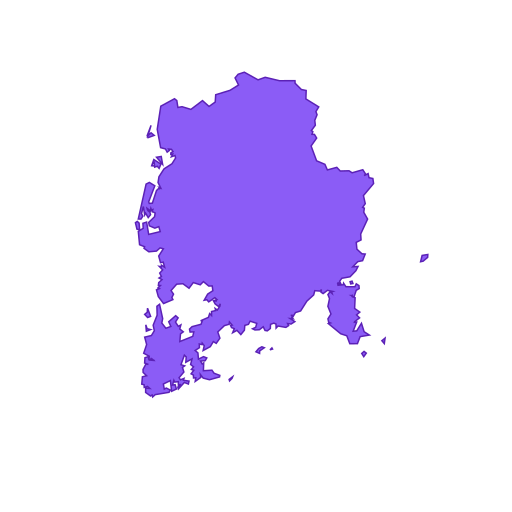 the district of Antsiranana II, Diana, Madagascar, rotated 208°
{"feature_id": "10022922B22775533170221", "entity_name": "Antsiranana II", "entity_type": "district", "adm_level": 2, "iso_a3": "MDG", "parent_name": "Madagascar", "parent_adm1": "Diana", "projection": "mercator", "projection_center": [49.235, -12.498], "detail": "fine", "context": "isolated", "style": "filled", "palette": "violet", "viewbox_px": 512, "rotation_deg": 208, "n_neighbors": 0, "source": "geoboundaries", "source_scale": "gbopen_adm2", "svg_char_len": 6165}
<svg xmlns="http://www.w3.org/2000/svg" viewBox="0 0 512 512"><g transform="rotate(208 256 256)"><path d="M274.5,172.8L273.0,173.6L272.5,169.9L279.3,163.6L280.4,160.2L278.5,157.9L275.3,159.8L274.1,155.4L283.1,144.7L286.1,151.8L284.6,154.9L289.1,155.8L290.0,159.9L291.6,157.4L296.1,159.9L295.7,164.8L298.9,165.6L302.2,157.0L298.1,153.8L301.7,149.9L307.7,152.6L309.0,156.9L318.5,168.1L319.9,165.1L315.5,157.3L314.3,146.6L310.7,142.3L311.0,136.7L316.2,132.1L311.0,126.5L309.5,117.4L303.2,117.4L301.9,114.4L299.9,115.2L300.9,116.8L299.9,115.8L299.2,116.3L298.5,115.9L297.4,116.1L297.0,115.9L301.4,114.0L302.6,114.7L303.5,116.9L306.3,114.1L304.1,109.2L300.1,109.8L302.5,108.8L302.5,102.8L301.0,100.2L296.4,98.9L299.6,96.0L296.7,89.2L294.4,89.8L293.0,87.5L290.6,89.9L287.6,89.2L291.4,87.5L289.4,83.7L283.4,82.9L282.5,84.5L281.1,83.0L279.9,86.3L268.8,94.8L268.8,97.4L273.2,97.3L274.5,95.4L277.7,99.5L273.1,105.8L267.0,96.9L263.8,101.2L267.0,104.4L269.1,102.9L270.2,107.7L268.6,106.5L265.6,108.6L264.0,105.7L262.0,107.4L263.5,103.5L262.1,102.1L259.9,110.7L255.6,111.2L256.4,114.1L261.8,112.2L262.1,114.1L264.6,111.2L266.8,112.4L265.2,119.7L268.6,123.1L267.4,125.5L271.2,124.8L272.7,134.8L270.2,134.1L268.1,129.2L264.2,135.1L262.8,129.5L259.1,128.8L259.8,125.5L257.3,125.9L258.0,121.5L255.4,121.5L253.9,119.0L252.0,120.2L250.8,116.7L247.8,122.8L249.5,125.3L245.3,123.4L239.0,124.9L231.4,132.1L231.9,133.6L238.0,132.8L241.3,134.5L248.6,130.0L252.0,137.1L252.8,135.4L255.7,137.2L251.7,139.8L251.6,142.9L255.1,142.5L258.4,137.9L261.8,143.2L265.4,144.0L262.9,148.5L264.8,151.7L262.1,152.4L262.6,153.8L259.6,152.5L258.3,147.7L253.8,154.5L253.5,160.4L250.1,160.2L249.3,166.5L254.1,171.0L251.2,179.7L247.7,183.1L248.5,185.3L244.6,183.8L245.9,182.8L244.0,181.3L241.1,181.7L240.6,177.3L237.9,181.4L232.5,179.5L231.4,185.0L233.3,189.5L230.6,192.1L230.6,195.7L223.7,196.9L222.8,192.9L224.9,190.1L222.2,190.2L218.4,192.5L216.4,196.9L213.1,194.5L210.9,195.2L209.3,198.7L211.1,202.5L208.7,205.1L206.4,205.3L204.4,201.8L203.7,204.5L196.1,207.0L194.5,209.9L196.4,211.2L193.1,212.4L190.9,216.3L196.5,216.8L193.8,218.0L195.5,218.5L195.9,220.5L197.5,220.0L195.7,220.8L194.9,218.6L194.6,224.6L190.8,228.4L189.9,240.0L186.8,248.7L187.8,253.0L182.5,255.3L182.6,257.2L181.6,254.6L179.1,254.3L176.8,259.2L171.5,260.8L172.7,259.5L171.3,258.8L171.1,258.6L173.8,259.2L174.4,255.7L171.1,252.9L168.9,245.3L162.6,240.0L163.0,234.3L160.3,231.1L159.9,231.7L158.9,231.8L160.4,230.3L144.7,227.1L138.4,228.2L132.0,222.6L125.3,226.2L126.2,233.7L118.8,239.4L125.0,239.9L131.3,246.1L131.9,237.2L134.9,235.2L136.1,244.9L138.0,243.7L138.1,244.3L135.5,250.0L139.6,251.2L138.0,255.2L144.3,256.0L148.9,265.7L151.9,265.3L152.4,265.5L152.7,266.2L152.9,265.9L153.2,265.9L152.5,266.3L151.6,265.3L150.3,266.2L151.4,272.7L149.6,275.7L151.2,278.2L154.4,278.5L154.2,275.3L162.2,271.1L165.9,273.1L165.4,271.6L170.4,268.3L169.1,270.1L170.5,269.6L171.1,270.2L170.9,270.9L168.1,271.3L170.3,272.9L169.8,276.6L163.2,281.8L160.9,289.9L161.0,294.7L165.5,291.9L163.5,298.8L159.7,301.9L160.5,309.0L163.5,307.7L170.1,309.4L173.9,315.1L170.8,319.5L173.9,324.6L174.8,341.0L181.4,345.2L182.8,349.1L184.7,349.0L184.1,353.5L189.5,359.8L186.2,375.2L189.2,379.3L193.0,378.2L195.7,381.4L198.2,377.8L197.7,379.8L202.2,382.3L210.2,374.6L213.9,374.9L221.5,370.6L226.3,372.2L233.4,365.5L238.2,369.3L247.2,368.5L259.0,379.0L257.8,388.6L261.5,390.8L263.7,389.7L264.2,392.5L266.0,392.7L265.0,399.3L267.8,403.4L268.4,409.4L270.9,411.6L270.6,417.1L285.7,418.1L289.4,425.7L294.1,424.3L302.6,426.9L303.9,429.1L317.5,421.8L331.8,418.1L336.9,412.5L352.6,412.8L357.1,408.1L358.1,403.4L351.7,398.8L356.7,390.1L367.3,379.5L364.3,372.8L367.7,366.0L376.2,368.1L382.3,354.9L391.4,353.1L394.7,350.5L398.9,356.1L401.8,356.6L410.4,343.6L402.7,321.5L391.1,306.9L386.2,308.0L383.2,306.0L382.0,308.6L383.4,309.4L380.7,310.5L378.3,309.2L379.6,307.1L378.9,305.7L377.4,306.9L377.3,303.9L374.7,306.7L373.0,304.8L373.5,298.0L378.1,289.8L378.9,280.4L377.0,274.9L371.9,271.2L373.7,271.0L371.9,270.0L373.5,270.4L374.6,267.1L372.3,254.0L374.9,252.3L376.2,253.5L378.3,270.5L384.7,270.9L386.8,267.9L377.3,233.4L374.9,234.6L374.6,238.1L377.0,239.6L378.7,246.8L373.6,240.1L373.7,242.1L369.2,239.3L368.5,243.0L370.2,244.8L372.7,245.3L373.9,246.2L374.6,247.0L370.5,246.3L371.2,248.7L368.9,246.8L369.2,248.3L368.9,248.6L368.6,246.6L365.2,246.6L364.0,243.0L366.5,235.3L364.4,232.6L358.4,233.1L355.6,236.3L352.0,232.6L360.9,224.7L368.5,234.6L371.2,231.8L368.6,227.5L371.5,222.5L364.1,211.3L358.7,211.9L358.5,210.2L352.6,209.4L346.2,213.6L344.5,218.1L341.2,218.9L341.9,210.3L337.2,205.3L335.0,207.0L331.4,203.2L335.2,203.5L334.6,202.0L336.5,201.4L331.9,199.9L333.0,195.7L329.9,193.5L331.3,191.0L327.9,191.0L329.4,186.8L328.4,184.2L326.6,185.0L327.6,181.8L326.0,181.8L328.0,179.4L323.2,174.3L315.3,170.6L308.9,178.5L310.8,179.9L310.9,183.6L314.8,185.6L312.8,193.9L307.5,197.2L300.0,196.1L298.9,203.1L291.7,204.4L290.4,208.7L283.6,207.3L280.6,209.0L277.8,205.1L280.8,199.7L281.0,192.6L278.9,194.3L276.2,193.3L272.8,199.9L270.0,199.2L271.6,197.5L269.4,197.9L272.4,196.4L269.6,194.5L265.2,193.8L265.1,197.0L264.3,194.9L264.8,190.1L267.4,190.5L266.0,188.9L269.2,186.1L267.3,182.6L269.9,183.4L269.2,179.5L274.5,172.8ZM390.5,286.7L388.5,287.5L389.9,287.2L390.7,288.1L389.8,290.8L387.2,286.9L385.3,288.9L382.7,287.9L383.1,292.5L391.5,293.2L390.5,286.7ZM109.6,334.5L108.0,328.2L106.0,329.9L103.8,335.4L105.0,338.0L109.6,334.5ZM390.2,296.5L381.5,293.1L386.4,299.4L390.2,296.5ZM408.6,311.2L406.9,309.8L402.5,314.7L406.5,315.5L407.9,311.5L410.0,322.1L408.6,311.2ZM211.1,171.4L207.1,171.7L208.2,173.9L205.6,178.9L208.2,178.6L210.2,175.6L211.1,171.4ZM373.7,223.8L371.1,224.7L374.7,230.2L377.1,230.8L378.1,228.8L373.7,223.8ZM322.8,150.8L320.7,153.2L327.3,159.0L325.6,155.3L326.9,152.2L322.8,150.8ZM113.6,217.7L113.0,222.0L115.8,222.5L116.9,219.6L113.6,217.7ZM321.0,143.5L317.5,138.1L314.6,141.5L318.0,140.7L321.0,143.5ZM105.1,240.3L101.6,238.9L103.5,244.1L105.1,240.3ZM159.3,275.8L157.5,277.2L159.4,278.9L160.9,277.5L159.3,275.8ZM220.7,133.3L219.7,136.7L219.9,138.5L221.8,134.4L220.7,133.3ZM198.8,182.3L199.6,179.7L197.7,181.6L198.8,182.3Z" fill="#8b5cf6" stroke="#5b21b6" stroke-width="1.5"/></g></svg>